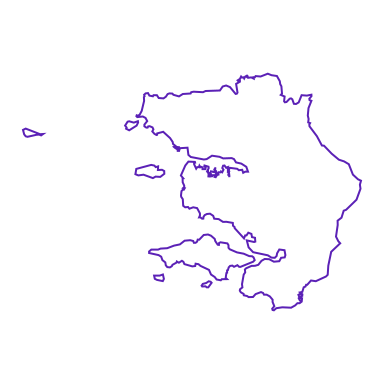 outline of Kota Tanjung Pinang, Kepulauan Riau, Indonesia
{"feature_id": "22746128B73074683492420", "entity_name": "Kota Tanjung Pinang", "entity_type": "district", "adm_level": 2, "iso_a3": "IDN", "parent_name": "Indonesia", "parent_adm1": "Kepulauan Riau", "projection": "orthographic", "projection_center": [104.462, 0.915], "detail": "fine", "context": "isolated", "style": "outline", "palette": "violet", "viewbox_px": 384, "rotation_deg": 0, "n_neighbors": 0, "source": "geoboundaries", "source_scale": "gbopen_adm2", "svg_char_len": 6041}
<svg xmlns="http://www.w3.org/2000/svg" viewBox="0 0 384 384"><path d="M237.5,92.6L236.8,93.7L235.6,93.9L230.0,87.1L226.1,85.5L222.7,86.5L219.9,90.5L205.6,91.0L203.0,92.2L193.6,91.7L191.2,92.2L190.6,93.5L182.8,94.0L179.0,96.4L173.4,94.8L172.4,93.6L169.4,93.4L167.6,94.1L165.9,96.7L163.5,98.4L158.7,98.0L156.9,95.2L153.5,95.2L152.9,96.3L149.4,95.6L148.0,93.1L145.6,93.4L144.1,94.8L144.6,96.2L143.9,97.1L144.1,100.9L141.7,110.9L139.7,114.7L137.9,115.7L136.7,115.3L136.4,116.2L137.3,117.1L142.8,116.5L145.5,117.9L147.2,121.1L144.4,124.6L144.4,126.3L146.3,127.6L147.6,127.6L148.2,126.4L149.7,126.2L152.5,127.4L153.4,129.3L152.3,131.4L154.4,133.8L156.5,135.0L157.1,134.8L157.2,133.4L163.2,131.8L170.1,138.1L172.7,142.0L173.0,143.9L175.8,146.2L173.9,146.9L174.8,147.7L176.2,148.6L177.2,147.0L178.8,147.2L178.3,148.8L178.9,149.4L177.6,149.8L177.7,150.9L179.1,150.9L179.7,148.2L187.5,147.7L188.4,154.9L190.8,157.0L203.9,159.5L206.7,159.1L212.0,155.7L219.5,156.8L223.2,158.4L231.7,158.1L234.0,159.1L236.0,162.4L241.3,163.6L246.3,166.8L248.0,171.7L245.2,171.7L243.2,172.8L242.2,169.8L238.9,170.2L237.2,168.8L229.5,167.8L228.8,170.9L229.4,176.1L229.3,177.1L229.0,175.0L228.3,174.8L228.8,173.2L228.0,172.3L228.6,171.7L227.9,171.6L227.9,170.4L228.5,170.4L228.0,169.4L228.5,169.0L228.3,168.1L226.9,167.9L227.3,167.2L226.0,167.6L224.5,165.5L223.1,165.7L222.3,168.0L223.5,169.7L222.2,172.3L221.2,171.6L221.1,173.0L221.0,172.4L218.8,172.2L218.2,173.0L218.5,174.6L216.8,175.2L216.3,171.5L214.8,169.3L215.7,167.4L214.3,169.5L215.7,172.1L210.0,171.2L215.8,172.5L216.5,175.9L215.7,177.2L214.6,176.9L215.3,175.1L212.6,175.2L212.3,176.2L211.4,176.3L211.7,175.0L210.5,174.5L209.9,174.4L209.7,174.9L210.4,174.6L209.7,176.5L208.4,176.4L208.6,173.6L210.1,173.7L210.2,173.0L208.0,172.6L208.0,171.2L206.7,172.3L208.7,168.1L208.5,166.7L204.5,165.5L204.3,166.6L205.7,167.3L205.4,169.1L202.5,169.1L202.4,167.3L200.8,166.7L200.2,167.2L199.4,165.7L198.9,167.1L197.3,167.1L196.2,168.7L194.1,164.2L194.1,162.9L195.1,162.7L194.9,161.9L188.4,161.6L185.3,165.5L180.9,175.5L183.2,178.3L182.6,178.4L182.7,182.3L184.2,185.6L184.2,187.1L183.3,187.9L184.7,188.2L183.8,189.7L183.0,189.5L181.5,191.1L181.0,195.4L181.2,196.8L182.8,199.2L183.2,205.8L185.2,207.3L188.0,207.0L189.4,208.7L193.2,207.3L197.1,208.1L199.9,213.3L200.0,215.3L199.1,217.4L200.3,217.3L202.1,218.7L203.3,218.6L203.5,216.8L204.7,215.1L206.9,214.0L210.0,213.7L213.2,215.8L214.2,218.7L218.7,219.1L223.0,221.9L226.4,221.8L232.8,222.9L233.0,225.7L234.6,227.1L234.7,228.2L244.0,238.4L245.2,235.4L246.5,235.4L248.3,232.7L251.4,233.9L252.0,237.1L255.0,237.8L255.3,241.6L254.1,242.0L246.8,240.4L248.6,247.4L253.1,252.2L267.8,255.3L271.4,257.6L274.8,257.8L276.6,256.0L277.1,253.3L279.3,249.5L284.5,250.2L285.4,255.1L284.7,257.4L281.1,257.8L279.3,261.2L273.9,261.7L269.2,259.2L264.7,259.0L261.5,260.8L258.3,264.8L255.0,265.8L251.5,265.9L246.1,268.3L244.9,269.5L245.2,272.4L243.7,274.6L242.0,284.2L242.4,287.4L240.0,289.3L239.8,290.7L240.8,292.3L243.6,293.9L243.8,295.3L247.0,296.0L248.7,297.1L253.0,297.0L255.6,294.1L261.0,292.1L263.1,293.0L264.0,294.7L266.7,294.7L269.8,296.4L272.6,299.7L272.6,302.0L274.3,306.2L272.2,308.7L272.6,310.0L273.9,310.3L276.3,308.2L282.3,307.3L291.1,307.7L295.2,305.4L297.4,303.2L299.6,303.2L301.7,301.6L301.9,299.7L300.9,300.6L299.9,300.5L298.7,298.2L299.2,297.7L301.2,298.2L301.6,296.8L299.3,297.1L298.4,294.8L299.5,294.2L302.3,295.3L302.4,294.3L300.1,292.4L302.3,291.9L303.7,287.3L305.5,286.5L306.1,284.8L307.2,284.8L311.0,280.5L315.8,281.2L326.0,276.5L327.7,274.8L328.3,265.7L331.2,251.8L340.2,243.3L338.3,241.2L336.0,236.6L337.7,225.0L337.6,220.7L341.5,217.7L343.7,210.7L346.1,209.8L356.5,199.7L360.5,188.7L359.9,184.7L361.0,180.7L358.0,179.3L352.9,174.6L348.8,164.2L344.1,161.4L338.9,159.7L331.7,153.7L324.0,145.7L321.9,145.5L316.9,136.2L309.5,126.3L309.3,124.5L310.1,123.1L308.2,122.4L308.6,119.0L307.8,115.6L308.5,108.1L311.4,100.8L309.6,100.2L309.3,98.8L311.5,96.1L311.4,94.7L306.9,95.6L301.6,95.2L298.7,102.4L296.0,104.0L293.9,103.8L292.3,99.3L291.0,98.4L289.7,98.7L286.5,102.0L284.9,102.3L284.1,101.3L284.6,96.5L280.8,94.9L282.0,93.6L281.4,86.3L280.2,84.1L279.8,81.2L276.9,76.0L271.5,75.2L267.8,73.7L260.6,76.5L255.6,76.1L254.8,77.3L253.5,77.2L253.7,78.6L251.2,77.4L248.0,77.8L247.0,77.1L247.6,76.2L247.0,75.6L245.2,76.6L244.2,78.5L243.5,77.3L242.1,77.6L241.1,76.5L239.9,78.9L237.6,80.4L238.1,81.0L239.9,80.8L239.9,81.7L236.1,83.9L237.5,92.6ZM214.7,238.9L211.0,235.7L208.0,234.5L203.7,235.0L199.2,239.7L197.7,239.6L197.1,241.6L195.6,242.8L193.9,242.8L193.2,241.0L190.2,240.2L184.6,240.7L179.9,244.4L174.1,245.6L167.2,248.2L160.5,248.6L158.1,249.6L151.3,249.6L149.1,251.5L149.1,253.0L158.6,255.1L161.2,256.7L162.4,260.1L165.3,262.4L165.8,265.3L167.3,267.1L169.9,267.4L171.8,266.2L172.5,264.8L176.5,262.6L176.8,261.5L178.9,262.7L181.9,260.8L183.4,261.8L184.4,264.1L192.3,266.4L195.2,266.0L195.6,263.7L198.5,264.2L200.5,265.9L209.0,269.9L211.0,274.5L214.7,277.0L216.6,279.5L220.8,280.3L221.8,279.2L227.0,279.1L225.7,277.8L226.4,273.0L227.1,272.7L227.1,270.4L227.9,270.1L228.7,267.4L230.1,265.9L232.4,265.6L234.0,266.8L237.4,265.2L239.1,266.8L240.4,266.9L253.2,261.7L254.7,260.1L253.5,257.3L252.2,256.3L249.2,256.1L243.7,253.7L237.0,252.4L229.8,249.3L228.5,247.8L228.5,245.2L227.4,243.4L220.5,242.3L219.1,243.0L218.9,244.9L217.7,244.7L215.3,241.1L214.7,238.9ZM154.4,165.6L151.2,164.9L136.3,168.9L135.4,174.2L138.3,175.4L143.5,174.7L152.9,178.1L155.6,176.6L160.3,176.9L164.3,173.8L164.2,171.0L162.0,169.8L157.9,170.0L158.1,166.4L155.7,167.1L154.4,165.6ZM40.1,134.2L25.7,128.6L23.0,129.9L24.2,134.4L25.7,136.3L27.5,136.8L36.4,134.8L39.1,134.6L41.1,135.4L43.1,134.0L40.1,134.2ZM138.1,122.5L137.9,121.2L133.8,122.6L129.2,121.3L127.6,121.7L125.1,125.6L126.6,127.5L126.1,128.7L129.2,130.3L136.6,125.6L138.1,122.5ZM163.9,278.9L162.9,274.5L159.7,275.6L154.1,275.6L154.8,278.8L157.0,279.9L162.8,281.1L163.9,278.9ZM208.3,287.3L211.6,282.8L210.6,281.7L208.7,281.3L206.2,283.0L202.8,283.9L201.6,285.7L202.2,286.5L205.5,286.3L206.7,287.3L208.3,287.3Z" fill="none" stroke="#5b21b6" stroke-width="2"/></svg>